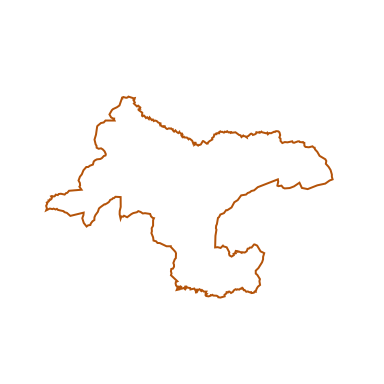 Rio Verde, Goiás, Brazil (Mercator projection), rotated 139°
{"feature_id": "56859067B61062500019904", "entity_name": "Rio Verde", "entity_type": "district", "adm_level": 2, "iso_a3": "BRA", "parent_name": "Brazil", "parent_adm1": "Goiás", "projection": "mercator", "projection_center": [-51.014, -17.719], "detail": "fine", "context": "isolated", "style": "outline", "palette": "amber", "viewbox_px": 384, "rotation_deg": 139, "n_neighbors": 0, "source": "geoboundaries", "source_scale": "gbopen_adm2", "svg_char_len": 6068}
<svg xmlns="http://www.w3.org/2000/svg" viewBox="0 0 384 384"><g transform="rotate(139 192 192)"><path d="M176.0,292.5L177.4,292.7L177.8,296.9L176.4,297.1L175.9,299.7L175.1,299.4L173.6,300.4L174.5,300.9L177.4,305.7L178.6,305.6L179.9,306.3L181.5,308.7L182.8,309.1L183.3,308.2L183.9,308.4L190.0,304.9L193.0,305.2L197.3,306.4L198.9,306.3L203.4,304.7L204.1,301.4L203.4,299.3L202.6,298.5L203.3,297.9L203.6,296.8L210.4,302.7L213.0,302.4L215.5,303.8L220.0,303.9L220.8,303.5L226.8,298.3L231.2,295.5L233.5,291.1L233.7,289.6L234.9,288.0L234.1,285.9L232.0,284.6L231.4,282.7L231.3,280.0L232.2,277.1L233.3,276.3L234.9,277.0L237.9,276.7L239.6,277.1L242.3,279.0L244.2,279.5L246.1,279.5L248.8,277.7L251.7,278.8L254.0,279.0L255.4,280.2L259.7,279.6L263.6,277.6L266.5,277.1L270.1,275.1L270.7,272.4L272.2,270.3L273.5,269.9L273.9,266.2L284.0,273.6L286.6,273.2L287.9,273.8L289.8,273.6L292.1,276.7L293.9,277.9L295.3,277.7L296.6,279.4L298.3,278.9L299.2,279.2L300.4,280.9L301.2,281.2L301.5,279.6L302.5,279.0L303.8,279.0L304.0,279.6L305.6,279.1L305.9,279.7L306.8,278.9L308.5,279.3L308.9,278.2L311.2,277.2L312.6,274.0L313.2,274.3L314.1,273.8L310.2,272.8L308.6,270.7L307.4,270.3L306.4,268.3L305.0,267.9L304.9,266.4L301.5,261.8L301.5,260.5L300.1,258.3L299.5,253.8L287.3,247.5L289.1,245.8L292.0,244.2L294.0,239.6L294.2,235.1L292.3,235.0L290.3,233.8L289.1,234.6L286.3,235.2L284.1,234.9L282.2,236.9L280.1,237.9L276.1,238.8L273.0,240.6L271.1,240.6L266.2,240.2L265.9,239.7L263.0,239.1L260.9,239.0L258.9,239.7L256.9,239.0L255.7,239.2L255.0,238.6L252.9,238.6L249.2,235.0L255.6,227.5L259.0,225.1L261.2,222.7L263.4,218.7L261.3,219.9L260.3,218.6L258.9,218.7L257.5,215.5L252.2,215.1L250.1,214.6L246.9,212.9L245.1,212.8L243.9,210.7L243.2,208.1L241.3,206.8L238.0,202.9L238.9,200.5L238.7,198.3L237.9,197.2L239.8,196.3L243.5,192.1L246.2,191.1L248.0,188.7L249.6,187.6L251.1,183.3L252.9,180.6L251.4,178.2L251.5,176.2L249.8,174.6L246.8,167.7L243.6,165.0L244.0,164.5L243.8,157.8L244.3,156.2L247.6,152.7L249.2,152.5L252.7,150.6L253.3,148.9L254.6,147.4L256.7,146.7L258.1,147.5L259.9,146.0L260.9,144.0L262.5,143.0L261.6,134.2L263.2,134.7L264.4,133.7L265.3,132.0L265.5,129.3L267.8,128.1L265.0,126.6L264.2,127.3L264.8,129.3L264.6,129.8L263.4,128.4L262.6,128.3L262.4,127.4L263.7,126.7L263.3,125.8L261.2,125.0L261.0,123.0L260.1,123.2L259.7,124.8L259.1,125.1L258.2,124.3L258.4,123.1L256.4,120.7L257.1,119.5L253.6,117.6L253.9,116.4L253.4,115.9L254.9,113.6L254.3,113.2L253.3,113.4L252.7,115.1L252.2,115.0L252.1,114.0L250.2,113.8L249.7,112.4L250.1,111.9L249.9,111.1L248.8,111.4L248.4,109.1L246.5,107.4L248.3,106.5L248.9,105.8L248.1,105.3L249.5,104.9L249.5,104.2L247.9,102.3L246.1,101.6L245.5,101.9L244.8,101.0L244.1,101.0L243.7,99.7L241.4,97.5L240.9,95.8L241.2,95.3L239.8,93.7L235.8,91.8L234.9,93.1L232.7,92.9L231.6,93.7L230.8,92.6L230.0,92.9L229.1,92.3L228.8,90.2L226.6,89.8L225.1,90.3L223.0,90.1L222.4,88.9L221.7,88.9L220.3,87.3L218.8,87.3L218.4,86.7L217.0,86.8L216.8,85.6L217.2,85.1L217.3,83.9L216.6,83.5L216.5,81.1L215.1,80.3L214.4,78.6L213.1,77.6L213.5,76.8L212.3,75.9L211.1,75.4L210.4,75.7L209.3,74.9L208.9,75.8L208.2,75.7L206.6,76.6L204.3,77.3L201.6,77.2L199.6,80.5L197.9,81.7L197.1,86.6L197.4,88.6L195.5,90.8L191.8,91.0L185.2,93.0L182.5,94.6L180.9,96.4L177.6,98.5L179.2,102.2L178.0,108.8L179.1,111.3L179.7,111.7L183.5,111.0L184.7,112.1L186.3,112.0L187.2,112.7L189.6,111.4L191.9,111.7L193.8,113.8L194.4,113.5L195.4,115.9L196.6,116.8L196.3,117.3L197.6,118.8L199.1,118.0L198.7,117.6L199.1,117.0L201.2,118.1L201.9,116.9L204.5,117.3L205.3,119.5L204.5,121.2L203.4,122.0L202.1,127.5L204.0,130.5L203.9,131.2L207.1,131.0L208.8,133.5L210.9,135.0L203.1,143.5L198.3,147.5L197.7,149.0L195.9,150.7L194.3,151.4L189.4,155.4L188.1,155.3L185.4,156.4L181.8,155.1L178.1,155.9L177.3,155.1L172.3,154.4L166.8,156.5L162.8,155.9L157.1,157.2L152.9,154.6L150.6,154.7L148.6,153.9L146.5,153.8L144.0,152.5L139.2,152.5L118.9,145.2L120.2,143.2L123.4,140.8L122.9,139.7L120.3,138.1L120.4,135.3L119.7,133.9L115.7,130.9L114.1,130.3L111.3,129.3L104.8,128.5L106.4,123.0L102.8,118.3L93.0,114.8L85.9,110.9L80.6,110.4L77.6,109.3L76.4,111.8L75.0,113.4L73.0,117.7L72.4,121.4L72.5,125.5L70.3,127.3L69.9,129.2L72.0,135.6L71.1,140.1L71.2,143.4L70.4,145.0L71.0,145.6L71.1,147.4L74.5,149.1L76.8,151.6L76.8,153.2L75.0,155.4L75.7,156.2L75.5,156.9L76.7,157.7L77.9,159.1L77.8,159.8L78.8,160.7L82.7,162.2L83.4,163.3L83.1,164.5L87.3,166.8L89.2,168.8L91.7,169.7L91.7,172.4L90.2,174.2L90.3,175.8L88.1,177.1L86.9,179.6L87.0,181.0L88.1,182.3L89.2,183.0L90.0,182.9L90.5,183.6L93.8,184.5L95.1,185.9L96.8,185.8L96.3,187.4L97.4,187.5L100.0,191.2L100.0,192.0L101.9,192.2L101.9,193.1L103.1,193.4L104.2,194.9L105.5,194.1L106.8,194.3L108.6,195.1L108.5,196.0L109.0,197.2L109.7,197.4L112.9,197.3L114.6,198.0L114.9,197.4L115.5,199.5L116.5,200.4L116.4,201.0L118.6,201.0L118.2,203.0L119.0,204.0L120.0,208.5L123.1,210.6L123.0,211.4L123.5,211.8L124.2,211.5L124.6,212.7L125.4,213.1L125.6,214.8L126.8,214.8L127.7,216.0L128.5,215.7L129.1,216.1L129.7,217.6L130.8,218.4L130.9,219.2L132.7,219.4L133.1,218.6L134.8,220.1L135.4,220.3L135.8,219.7L137.5,220.8L139.3,219.4L141.5,219.5L142.2,218.3L145.5,218.9L148.0,218.8L148.3,218.3L149.1,218.7L150.0,222.9L150.5,223.3L154.1,222.1L155.4,222.5L155.8,223.0L156.9,223.0L157.3,224.7L158.2,225.8L158.8,225.9L157.8,226.5L157.4,226.2L157.0,226.8L158.5,228.2L159.2,227.9L158.2,230.6L158.7,233.5L159.2,234.3L160.0,234.1L160.1,236.4L162.0,238.2L161.8,238.9L163.2,239.5L163.1,240.2L162.4,239.9L162.8,241.4L161.5,241.6L161.3,242.4L162.3,242.5L161.9,243.5L162.5,245.1L162.2,245.6L163.7,245.5L164.2,247.4L164.1,249.4L165.9,249.3L166.0,250.9L165.4,252.0L165.9,252.2L166.1,253.8L166.8,254.0L167.6,255.2L169.4,255.8L169.7,256.4L169.9,258.5L169.4,259.5L170.3,260.4L170.9,260.0L171.6,261.1L171.6,262.8L172.2,263.0L171.8,264.1L170.8,264.5L171.9,266.5L172.1,268.8L173.1,270.3L174.3,270.6L174.0,272.4L175.2,272.7L175.1,276.1L176.7,275.3L176.8,277.8L178.2,278.0L178.0,281.0L178.5,281.5L179.5,281.5L179.7,282.3L177.5,284.5L178.5,288.9L178.2,289.4L176.6,288.7L176.4,289.4L177.0,289.3L176.5,289.9L175.6,289.9L176.0,292.5Z" fill="none" stroke="#b45309" stroke-width="2"/></g></svg>